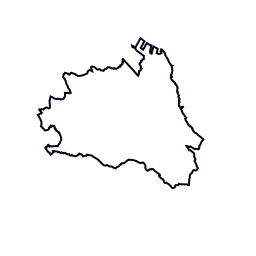 Si Racha, Chon Buri, Thailand, rotated 140°
{"feature_id": "78962969B58781089685129", "entity_name": "Si Racha", "entity_type": "district", "adm_level": 2, "iso_a3": "THA", "parent_name": "Thailand", "parent_adm1": "Chon Buri", "projection": "equal_earth", "projection_center": [101.044, 13.142], "detail": "fine", "context": "isolated", "style": "outline", "palette": "ink", "viewbox_px": 256, "rotation_deg": 140, "n_neighbors": 0, "source": "geoboundaries", "source_scale": "gbopen_adm2", "svg_char_len": 5818}
<svg xmlns="http://www.w3.org/2000/svg" viewBox="0 0 256 256"><g transform="rotate(140 128 128)"><path d="M130.7,52.5L128.2,53.6L126.5,52.0L124.9,52.6L123.5,50.6L122.5,50.1L121.2,48.6L119.3,47.3L118.5,45.4L117.7,45.2L115.9,47.6L114.8,48.4L113.8,49.6L112.9,50.0L111.1,51.9L110.3,52.4L107.9,52.5L105.5,53.6L104.6,53.4L103.5,52.0L102.8,51.7L102.1,51.7L100.5,52.3L100.1,52.9L100.0,54.4L99.3,55.5L98.8,57.7L98.4,58.3L98.4,59.7L97.8,60.3L97.0,60.3L96.6,60.5L96.1,61.7L95.8,63.3L94.2,65.3L93.7,66.3L94.5,70.9L95.5,71.7L95.0,73.8L94.8,76.5L94.0,75.8L93.7,74.1L92.1,73.9L90.5,69.0L89.4,68.5L88.2,67.2L88.0,66.6L87.4,66.4L86.0,67.1L85.0,68.4L83.4,68.7L80.9,70.1L77.6,70.8L78.2,74.7L78.9,77.5L78.9,79.1L79.7,81.4L79.8,82.6L79.8,84.5L79.5,85.9L79.4,86.1L79.0,86.0L78.8,86.5L79.1,89.4L79.4,89.5L79.3,90.1L79.5,90.1L79.7,90.6L79.8,91.8L79.0,94.5L78.9,96.6L78.3,98.2L78.1,98.1L77.5,98.7L77.0,98.4L76.8,98.6L76.9,99.8L76.5,102.6L76.5,104.7L75.9,106.2L75.4,106.6L75.4,107.9L75.1,108.2L75.1,109.0L74.9,110.0L74.7,110.1L74.8,111.1L74.6,111.5L74.9,111.9L72.9,114.5L72.3,114.9L71.7,114.9L71.6,115.7L71.0,116.8L70.5,117.1L70.4,116.9L70.2,117.1L69.8,117.1L69.3,119.5L68.7,120.0L68.1,120.1L67.7,122.3L67.2,123.0L67.3,123.3L66.8,123.5L66.9,124.6L66.0,125.1L65.5,125.9L64.1,126.7L64.0,127.8L63.3,129.2L63.6,131.1L63.1,131.6L63.1,132.2L63.4,136.8L63.2,137.9L62.7,139.2L61.7,139.9L61.3,139.3L61.2,139.5L61.6,140.1L61.3,140.9L60.7,141.4L59.4,141.4L58.7,141.0L59.1,141.4L59.0,141.9L57.0,143.5L56.6,144.6L55.6,145.5L55.4,146.3L55.0,146.7L54.8,147.6L54.4,147.5L54.6,147.8L54.7,149.0L54.5,149.4L54.1,153.0L53.6,153.8L53.1,155.8L53.2,156.9L52.8,158.2L52.8,159.5L51.5,162.3L51.6,164.4L51.5,166.1L51.8,166.6L52.0,166.3L52.7,166.4L53.3,165.7L53.6,165.8L53.7,164.8L54.2,163.9L54.5,163.8L55.5,164.1L57.0,165.1L57.7,166.6L57.8,167.0L54.3,169.6L56.1,174.1L62.2,169.8L62.5,170.3L62.4,170.9L62.8,172.1L62.6,171.9L57.1,176.2L57.3,176.4L58.2,178.3L59.0,180.9L66.1,178.3L66.7,181.2L59.7,183.9L60.7,188.7L70.3,185.0L71.6,187.5L71.9,188.4L72.5,187.5L72.6,186.8L71.8,186.1L71.2,184.2L71.6,181.9L69.5,172.9L70.4,172.2L71.6,170.6L72.9,171.2L73.8,170.6L74.4,170.5L74.9,170.8L75.1,170.3L75.7,170.0L76.6,169.9L77.0,170.1L78.1,169.6L78.5,168.1L78.4,167.3L79.1,166.4L79.3,164.8L80.3,165.0L80.7,164.4L82.1,164.1L82.9,164.5L84.6,162.7L85.0,162.6L85.3,162.1L85.6,162.3L86.7,161.7L86.9,169.8L87.6,184.1L88.1,184.1L88.4,183.7L88.5,182.9L89.0,182.2L89.3,182.2L89.4,181.8L89.9,181.9L90.5,181.6L90.6,180.9L91.4,180.5L91.7,180.8L92.0,180.6L93.5,181.0L93.7,180.8L93.7,180.3L94.5,179.9L95.4,180.6L96.0,180.5L97.4,180.5L99.1,181.0L99.8,182.3L100.8,182.5L101.0,183.4L102.0,183.8L103.1,186.4L103.8,186.7L104.2,187.3L105.1,187.6L106.3,187.3L107.2,187.4L108.1,188.0L110.0,187.6L110.9,189.0L111.8,189.5L111.8,190.6L112.0,191.2L112.5,191.7L113.8,192.3L114.2,193.2L114.3,195.2L115.0,196.9L116.1,198.3L116.8,198.5L117.4,198.2L119.0,194.5L119.3,195.2L119.4,196.5L120.4,197.2L122.5,197.2L123.6,196.2L124.5,196.1L128.6,197.3L131.1,198.7L133.0,200.2L133.2,201.0L133.7,201.7L133.6,203.1L134.4,204.0L135.8,206.7L136.4,206.9L138.5,206.5L138.9,207.0L138.9,207.8L139.4,208.7L140.1,209.8L140.7,209.9L140.9,210.8L141.6,210.6L142.4,210.8L145.1,208.7L145.0,206.4L145.6,204.1L147.0,201.0L147.3,198.8L148.0,197.5L148.2,194.7L149.3,191.7L150.6,192.2L151.8,193.8L153.8,195.4L155.1,193.6L156.4,192.4L157.0,192.5L158.6,191.8L160.4,192.5L161.1,193.0L161.5,194.0L162.4,194.9L162.8,195.6L164.0,195.8L164.8,196.9L165.7,198.5L166.0,199.7L167.0,201.9L170.8,199.1L174.2,194.3L175.3,193.6L176.2,194.0L176.9,195.6L177.5,196.3L179.5,196.7L181.0,196.6L181.4,197.3L183.0,198.3L183.4,198.9L184.1,199.2L184.4,199.9L184.2,195.2L184.9,195.4L185.3,195.0L185.6,195.4L186.5,195.4L188.6,196.0L189.4,191.4L190.4,188.3L192.1,186.2L193.5,185.5L193.1,179.4L190.9,178.2L190.0,177.9L188.9,178.3L188.7,178.8L188.3,179.0L187.7,179.0L187.4,178.7L185.7,179.5L185.6,179.2L185.8,178.8L185.7,178.1L184.7,178.0L184.4,178.2L183.2,176.9L183.3,176.4L183.8,176.1L183.9,174.9L184.2,175.0L184.4,174.8L184.3,174.2L184.4,173.5L184.1,173.1L184.2,172.7L184.6,172.9L184.7,172.3L184.4,172.1L184.4,171.4L184.1,171.1L184.3,170.8L183.8,169.4L184.0,168.4L183.8,168.3L184.1,167.3L184.5,166.8L184.7,165.2L185.1,164.3L186.7,161.7L187.9,161.4L189.8,160.2L192.5,159.8L193.4,159.2L195.0,160.7L197.9,162.6L199.2,164.1L199.6,164.0L200.2,164.3L200.2,165.1L199.8,166.0L199.9,167.2L200.2,166.2L200.8,166.1L201.0,165.5L202.6,166.1L202.6,165.7L203.0,165.5L204.2,165.8L204.5,161.8L204.5,160.7L204.0,159.5L204.3,158.6L204.3,157.2L200.7,157.4L200.3,158.4L199.7,157.7L199.3,157.7L199.0,157.0L198.4,156.6L197.5,155.6L197.3,154.9L196.6,154.4L195.7,152.3L194.6,152.2L194.2,150.7L193.6,150.5L193.5,149.9L192.9,149.6L192.7,149.8L192.5,149.7L192.0,148.8L191.9,147.9L191.4,147.4L191.2,146.6L189.9,145.6L190.1,144.4L189.9,144.1L189.1,143.4L188.3,143.4L188.1,142.4L186.8,140.5L185.7,139.7L184.1,139.7L183.6,139.3L182.7,139.3L182.1,139.9L181.6,139.6L181.3,138.5L180.6,137.8L180.3,137.2L180.8,135.2L178.5,134.2L177.7,133.5L176.5,133.9L175.8,132.7L173.5,130.4L173.0,128.0L171.3,123.2L170.6,115.3L170.1,114.3L169.5,113.8L167.9,113.1L166.8,110.3L165.5,109.3L165.0,108.5L164.5,106.6L163.9,105.5L163.2,105.0L161.7,105.2L159.9,104.6L158.8,104.7L158.0,105.0L156.7,104.6L156.4,105.0L156.1,105.1L153.2,103.5L150.3,103.6L148.1,103.4L147.4,102.6L146.3,101.9L144.0,99.2L143.0,97.6L141.8,94.4L141.0,93.2L138.8,92.0L138.5,91.3L138.5,89.6L138.7,88.7L139.2,87.4L140.4,86.4L140.8,84.7L140.7,83.0L140.3,82.5L137.9,82.4L137.3,82.1L136.8,81.3L135.8,81.1L135.3,80.7L135.1,77.7L133.6,72.1L134.0,71.2L134.8,71.4L135.2,71.0L134.9,67.9L134.2,66.1L134.3,65.4L134.9,63.8L135.0,62.2L134.7,61.8L133.5,61.2L133.5,60.3L133.0,59.1L132.8,58.3L132.9,57.3L132.5,56.2L132.8,54.4L132.7,53.8L132.0,53.0L130.7,52.5ZM73.1,108.7L72.4,108.6L72.3,109.0L72.9,109.4L73.1,108.7Z" fill="none" stroke="#020617" stroke-width="2"/></g></svg>